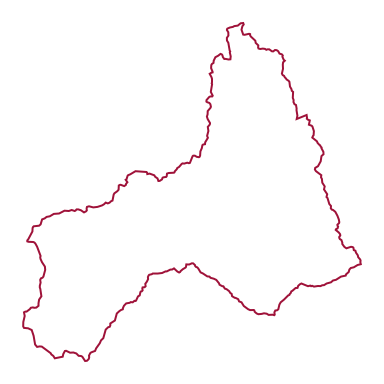 the district of Oyon, Lima, Peru
{"feature_id": "86281439B90179461715440", "entity_name": "Oyon", "entity_type": "district", "adm_level": 2, "iso_a3": "PER", "parent_name": "Peru", "parent_adm1": "Lima", "projection": "orthographic", "projection_center": [-76.859, -10.718], "detail": "fine", "context": "isolated", "style": "outline", "palette": "rose", "viewbox_px": 384, "rotation_deg": 0, "n_neighbors": 0, "source": "geoboundaries", "source_scale": "gbopen_adm2", "svg_char_len": 5934}
<svg xmlns="http://www.w3.org/2000/svg" viewBox="0 0 384 384"><path d="M125.7,179.8L127.4,182.2L126.1,183.8L125.8,185.0L124.2,186.1L120.7,184.8L119.8,184.9L118.8,185.5L118.6,189.7L117.3,191.2L114.4,193.3L113.7,194.5L112.5,200.6L111.1,201.2L109.5,202.7L107.8,203.4L105.7,202.6L104.1,204.2L102.1,205.4L97.5,206.9L93.3,207.4L89.0,206.3L87.0,206.9L86.6,208.3L86.8,210.4L86.1,211.3L84.0,212.4L81.0,210.3L78.3,209.4L76.6,209.4L75.5,210.6L74.7,211.0L71.7,210.0L68.8,211.0L64.5,210.7L59.1,213.5L53.8,213.9L49.8,216.3L46.6,216.9L44.7,218.4L42.1,219.4L40.6,224.4L39.1,225.7L33.7,226.3L33.1,226.9L32.6,228.0L32.4,231.5L28.3,239.2L27.3,240.4L27.3,241.4L28.5,241.8L33.2,242.0L34.4,242.5L35.4,243.6L37.1,246.7L40.6,256.0L40.2,257.1L40.5,258.9L42.0,262.2L44.9,266.6L45.2,269.9L43.4,276.6L42.5,277.7L40.9,278.4L40.2,279.9L40.6,282.6L39.8,285.8L39.8,287.5L40.3,288.9L41.4,296.3L39.1,299.6L38.5,303.3L38.5,305.8L36.3,307.6L34.2,307.8L32.9,307.4L30.8,307.8L29.9,309.1L26.6,311.6L25.3,311.6L24.0,312.3L24.7,316.0L23.3,322.0L23.2,326.4L24.0,327.9L28.1,328.3L31.7,330.0L33.6,335.8L35.1,344.5L37.1,346.9L39.7,346.4L41.8,346.6L50.7,353.2L51.3,354.4L53.3,355.9L54.8,358.3L62.7,356.7L63.3,354.0L64.9,351.0L66.1,350.8L70.1,352.7L73.4,352.5L76.4,353.5L78.6,355.8L81.0,356.0L82.3,356.7L85.1,361.0L86.9,360.8L87.8,360.0L88.8,358.9L89.2,357.3L89.0,355.6L90.3,353.1L91.2,352.4L95.1,350.9L96.1,348.4L99.8,343.2L101.0,340.4L103.3,338.2L105.7,329.6L108.2,327.2L109.7,326.8L110.3,325.4L110.3,323.5L114.9,320.5L116.8,313.5L119.4,311.1L121.0,310.0L122.8,309.3L123.0,307.9L124.0,305.7L126.2,303.4L129.7,302.8L130.7,302.1L132.7,302.3L134.5,300.8L135.4,301.0L136.0,300.7L138.0,296.4L139.7,295.4L140.4,292.1L140.8,291.5L141.8,291.3L142.6,290.4L142.3,288.4L142.6,287.4L144.6,287.2L145.6,286.3L145.3,283.8L146.9,281.6L148.1,279.1L147.9,277.1L148.6,275.5L149.2,274.8L151.8,274.2L152.8,273.5L158.0,273.5L162.1,273.0L165.5,271.4L166.8,271.4L170.3,269.6L172.2,269.5L174.0,268.4L177.3,271.5L179.1,272.5L180.1,272.0L180.6,271.1L182.8,269.2L185.5,267.6L186.0,266.9L186.3,264.4L189.2,264.5L191.9,263.3L193.2,263.4L195.0,265.1L195.1,265.9L196.1,267.0L197.2,267.3L198.2,268.4L200.6,272.4L202.8,273.4L207.3,276.4L209.5,276.6L210.5,277.8L213.8,278.7L216.3,279.9L219.1,283.4L219.5,284.7L222.3,286.2L223.4,286.3L224.8,288.6L226.6,289.2L229.2,291.2L230.3,293.0L231.6,293.8L232.1,296.2L234.7,297.8L235.6,297.9L238.2,299.2L239.1,301.4L241.5,302.3L243.8,306.0L248.1,309.2L250.1,310.1L253.8,310.0L254.3,310.4L254.7,311.8L256.7,313.5L258.4,314.2L261.7,313.9L264.0,313.3L266.7,313.7L268.6,314.9L272.8,314.7L274.2,315.2L274.7,314.7L274.4,312.3L275.3,310.5L277.0,310.3L278.3,309.3L279.4,304.6L280.7,302.3L284.0,299.6L288.2,295.4L289.4,294.9L289.8,293.9L290.6,293.2L291.3,291.4L292.4,290.8L295.6,288.0L297.5,287.9L298.2,285.8L300.0,284.2L301.4,283.5L308.0,286.2L310.3,285.6L311.1,286.2L312.1,285.8L314.0,286.6L317.9,286.0L320.6,286.1L322.1,285.3L324.1,285.1L326.6,283.5L331.0,282.3L333.0,280.5L336.0,279.8L341.0,276.6L345.7,275.6L346.1,274.3L348.7,272.0L349.4,269.5L350.8,268.0L353.8,267.3L357.6,265.0L360.8,264.2L360.3,261.9L360.6,260.9L360.2,259.5L358.2,257.2L357.8,255.3L356.0,252.7L355.4,250.7L353.8,250.1L353.4,247.7L352.7,247.1L351.0,246.8L346.4,248.3L344.4,246.9L342.3,244.0L342.3,242.6L341.4,240.0L339.9,239.1L339.3,238.0L339.2,237.0L340.3,235.5L340.1,234.2L338.8,232.5L335.7,229.9L335.9,229.3L337.6,228.3L338.1,226.5L337.5,225.8L337.4,224.7L339.1,223.0L339.3,222.1L338.8,219.4L337.4,215.7L335.3,211.8L333.1,210.0L331.8,209.6L330.8,208.3L331.0,206.0L329.3,204.0L327.5,198.0L326.5,197.0L327.2,194.2L324.0,189.4L324.7,186.4L322.3,182.7L321.9,178.9L321.0,177.3L321.3,175.2L315.9,171.1L314.9,169.5L315.2,167.9L318.0,166.2L320.7,161.3L321.4,156.5L321.6,155.9L323.5,154.3L323.4,151.9L321.5,148.3L321.6,147.5L320.6,146.5L320.2,145.4L319.2,144.7L317.5,142.8L317.0,141.4L312.3,137.6L312.9,136.1L313.6,135.2L313.9,131.1L312.4,126.5L311.6,125.7L308.9,124.7L309.8,120.4L307.8,119.6L306.8,118.7L307.0,117.7L306.6,115.0L296.7,119.0L297.4,115.7L296.5,110.1L296.6,108.5L296.0,105.0L294.5,104.2L293.5,102.1L293.6,100.0L292.8,97.9L293.1,91.9L291.8,90.8L291.4,89.0L290.0,86.6L289.4,81.8L288.6,80.8L286.5,79.4L286.1,78.6L284.8,77.3L284.1,75.9L282.7,75.1L281.9,73.6L283.0,68.8L282.8,64.6L283.1,62.3L284.8,60.7L283.7,59.8L282.4,56.7L282.8,55.5L281.8,54.3L279.5,53.6L278.2,51.2L276.7,50.2L275.0,50.0L273.2,51.4L271.9,51.3L269.2,49.3L267.6,49.3L266.3,49.8L265.0,48.9L262.8,48.6L260.2,49.0L258.5,48.5L258.1,47.4L258.3,45.4L255.7,42.9L255.3,40.7L250.7,36.4L250.1,35.2L250.1,34.1L249.1,33.8L244.6,34.8L243.2,34.6L241.5,29.7L242.4,26.2L243.7,24.5L243.2,23.0L240.6,23.3L237.8,25.6L234.3,26.1L232.9,26.9L229.9,27.5L227.4,28.6L227.0,29.2L226.9,30.0L228.3,32.3L228.4,35.6L226.9,37.8L226.9,39.6L227.0,40.6L228.3,42.7L229.7,50.7L230.2,51.4L229.8,52.5L230.7,56.3L230.4,59.3L228.6,59.5L225.6,58.9L224.3,59.0L222.9,57.1L222.4,55.2L221.8,54.4L220.5,53.9L218.2,55.7L215.4,57.2L213.7,60.7L213.5,62.9L211.9,64.0L211.3,65.1L211.1,68.1L212.6,71.8L212.6,72.4L211.6,72.6L209.7,73.8L211.5,77.2L212.0,78.9L212.0,82.3L211.7,83.4L212.1,84.1L210.8,91.9L212.7,95.7L212.3,96.4L210.2,96.5L209.2,97.0L206.5,100.1L206.4,101.6L207.2,102.2L209.3,102.9L210.3,104.1L210.6,105.2L210.9,106.8L210.5,107.8L207.7,111.1L207.6,114.3L206.9,116.6L207.7,119.1L210.0,123.0L210.0,123.8L209.6,124.8L207.8,126.9L208.4,131.0L207.1,135.9L207.9,137.8L205.2,142.3L205.0,144.2L203.2,144.5L202.4,145.2L201.8,148.2L200.4,151.4L200.1,155.7L199.5,156.9L198.9,157.2L196.7,156.8L194.9,155.7L193.2,155.7L192.6,156.2L189.9,162.9L188.9,163.2L187.2,162.7L184.2,163.6L182.5,163.4L181.7,163.9L179.1,166.9L177.2,168.1L176.8,169.2L174.8,171.3L174.5,172.3L174.0,172.7L168.7,173.0L167.0,173.6L166.7,176.2L166.2,176.9L163.1,177.4L162.5,177.9L162.0,179.4L159.7,180.9L158.4,181.0L157.5,178.4L155.2,176.8L154.3,175.3L149.6,173.6L147.3,174.1L147.1,172.7L146.5,172.0L135.5,171.2L130.1,174.4L128.1,175.2L127.6,175.8L126.5,179.3L125.7,179.8Z" fill="none" stroke="#9f1239" stroke-width="2"/></svg>